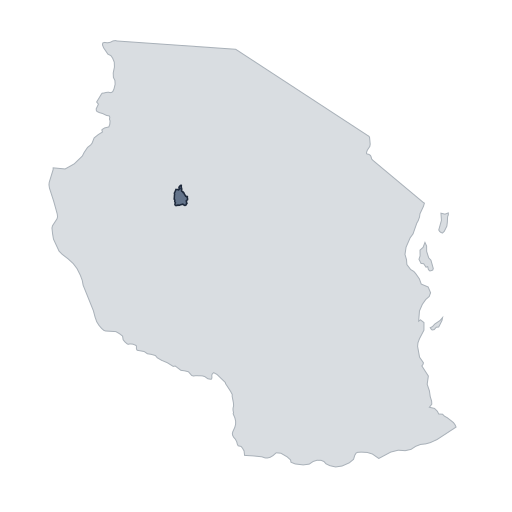 location of Tabora Urban, Tabora, United Republic of Tanzania, rotated 4°
{"feature_id": "72390352B61754038708822", "entity_name": "Tabora Urban", "entity_type": "district", "adm_level": 2, "iso_a3": "TZA", "parent_name": "United Republic of Tanzania", "parent_adm1": "Tabora", "projection": "mercator", "projection_center": [32.813, -4.941], "detail": "fine", "context": "in_parent", "style": "filled", "palette": "slate", "viewbox_px": 512, "rotation_deg": 4, "n_neighbors": 0, "source": "geoboundaries", "source_scale": "gbopen_adm2", "svg_char_len": 6644}
<svg xmlns="http://www.w3.org/2000/svg" viewBox="0 0 512 512"><g transform="rotate(4 256 256)"><path d="M181.1,371.9L174.9,368.6L169.2,366.7L164.6,364.4L162.6,362.3L158.3,361.4L154.5,361.1L151.1,359.1L144.0,358.3L143.2,357.0L143.0,354.0L141.8,353.3L139.2,352.5L136.4,352.5L134.7,353.0L133.7,352.7L131.4,351.0L129.3,348.8L128.5,345.2L125.2,343.0L121.5,341.2L111.1,341.3L109.4,340.8L107.0,339.0L104.1,336.0L101.7,332.7L99.7,328.1L97.6,321.9L85.6,297.2L84.4,292.5L82.1,287.4L78.3,281.0L74.2,276.3L68.8,272.0L62.5,267.8L59.2,264.9L52.8,253.3L51.5,247.9L50.5,242.3L50.9,240.0L54.9,232.8L55.3,230.8L54.8,228.0L52.8,222.3L50.3,215.3L45.2,202.6L44.5,199.3L44.6,196.9L47.6,184.0L47.5,182.2L59.5,182.5L68.2,176.8L75.8,168.4L77.3,164.8L80.4,159.4L83.4,156.7L84.6,154.9L86.3,149.5L90.3,145.8L94.2,143.0L93.4,141.0L94.0,140.3L96.1,138.8L100.2,137.5L101.0,134.7L101.0,131.5L100.3,129.7L100.5,127.7L99.8,126.5L97.1,126.2L93.1,124.6L89.8,123.9L87.5,123.0L86.7,122.3L86.3,120.4L88.2,115.5L86.3,113.5L90.5,105.3L91.2,104.3L92.7,104.1L95.1,103.3L97.3,102.9L99.2,103.2L100.5,102.9L101.7,101.9L102.7,99.2L103.5,94.5L103.0,90.7L101.3,87.8L100.8,83.4L101.6,77.4L101.1,72.5L99.1,68.5L97.2,66.2L94.2,65.0L89.5,59.0L88.1,56.1L88.3,54.2L89.9,53.5L92.9,53.7L95.7,53.0L98.4,51.4L100.9,50.9L102.3,51.2L221.3,51.2L360.4,128.8L361.0,129.7L362.1,136.4L361.9,138.7L359.7,142.6L359.1,144.6L359.1,146.0L359.6,146.5L361.4,146.7L363.0,147.6L363.6,148.4L364.7,151.3L366.3,152.7L419.1,190.9L420.3,191.5L419.6,194.7L416.6,202.5L416.4,205.7L415.3,209.5L414.1,212.0L411.1,223.0L408.5,227.1L405.1,236.7L404.5,244.0L406.4,249.2L407.1,254.0L411.2,258.7L414.5,260.4L416.7,262.6L420.6,267.5L422.8,272.5L429.9,274.9L432.7,280.5L431.6,284.3L428.4,287.5L425.3,292.6L422.9,299.4L422.8,309.7L424.5,308.2L428.2,310.7L428.7,318.3L424.8,327.2L423.6,331.3L423.5,334.9L426.2,345.5L430.5,350.9L430.1,352.6L429.1,354.1L436.3,363.7L435.7,372.0L438.4,378.5L439.6,384.1L441.3,388.5L441.7,391.5L439.5,394.8L444.7,395.6L447.8,398.3L449.3,400.9L453.1,400.8L455.1,402.6L458.1,404.0L464.6,408.4L466.4,410.6L467.5,412.7L449.5,426.4L442.9,430.0L438.3,431.6L433.3,432.5L428.6,434.7L424.1,438.1L418.4,439.8L411.4,439.8L404.1,442.2L392.6,449.4L385.9,445.4L380.7,444.2L374.6,444.3L370.9,444.8L369.6,445.6L368.4,448.0L367.5,452.0L363.5,455.8L356.5,459.5L350.1,460.9L344.3,460.0L340.3,458.4L338.2,456.3L335.2,455.3L331.1,455.5L327.3,457.0L323.6,459.9L317.7,461.1L309.6,460.7L305.3,459.3L304.7,457.0L301.1,454.2L294.6,451.0L289.9,450.9L286.8,454.0L284.0,455.9L281.5,456.7L279.2,456.8L275.9,455.9L267.0,455.6L258.5,455.7L257.7,451.3L255.9,448.6L254.4,447.0L251.5,446.6L250.6,445.3L249.7,442.6L248.2,440.2L246.3,438.3L245.2,436.5L244.8,434.8L245.1,433.0L246.8,428.4L247.4,425.3L247.2,422.2L246.2,418.9L244.2,415.0L244.5,413.9L243.8,411.2L243.7,409.4L244.1,407.1L243.7,404.0L242.0,397.6L242.0,395.9L240.1,392.8L234.5,385.4L234.3,384.4L225.4,376.9L221.9,375.3L220.6,376.7L220.2,378.0L220.5,380.4L220.3,381.6L219.9,382.1L217.9,382.0L216.5,381.8L213.2,379.8L210.6,379.3L204.1,379.6L201.9,380.1L200.1,379.6L196.7,376.2L192.7,375.5L189.1,375.3L183.1,371.4L181.1,371.9ZM430.8,248.0L433.7,256.1L433.3,257.7L431.3,258.6L430.2,258.7L428.9,257.4L428.0,254.6L426.4,255.3L423.8,252.0L421.2,251.9L418.8,247.9L419.7,244.5L419.2,238.7L422.1,235.7L423.6,230.7L425.5,234.2L425.9,239.5L428.4,245.8L430.8,248.0ZM444.8,199.6L445.0,201.5L444.4,203.4L444.5,209.1L444.3,212.9L442.1,218.2L440.4,220.1L438.8,219.6L437.5,218.7L436.5,217.3L438.5,207.5L437.5,200.4L441.6,201.1L444.8,199.6ZM438.9,317.0L436.9,317.5L436.1,317.0L434.8,315.4L437.0,314.1L439.1,311.4L444.1,307.5L446.4,304.4L446.0,307.4L443.2,314.1L440.8,314.5L438.9,317.0Z" fill="#d9dde1" stroke="#a8b0b8" stroke-width="1"/><path d="M171.5,195.2L171.5,195.3L171.4,195.6L171.3,195.9L171.2,196.2L171.1,196.5L171.0,196.8L170.9,197.1L170.8,197.3L170.7,197.6L170.7,197.8L170.6,198.1L170.5,198.3L170.3,198.6L170.3,198.8L170.2,198.9L170.2,199.1L170.2,199.4L170.3,199.7L170.4,200.0L170.5,200.2L170.5,200.8L170.4,201.2L170.4,201.6L170.4,202.0L170.4,202.3L170.5,202.8L170.4,203.1L170.4,203.5L170.5,203.7L170.5,204.2L170.4,204.5L170.5,204.5L170.6,204.8L170.6,205.0L170.8,205.4L170.9,205.6L171.1,205.8L171.1,206.0L171.2,206.4L171.2,206.5L171.1,206.9L171.1,207.2L171.1,207.4L171.2,207.6L171.4,207.8L171.5,208.0L171.7,208.3L171.9,208.5L171.7,209.0L171.6,209.4L171.6,209.6L171.5,209.9L171.5,210.2L171.5,210.4L171.6,210.5L171.8,210.8L172.0,210.9L172.0,211.0L172.3,211.2L172.4,211.3L172.5,211.3L172.8,211.2L172.8,211.3L173.0,211.3L173.2,211.2L173.4,211.1L173.6,211.1L173.8,210.8L174.0,210.8L174.5,210.9L174.7,210.6L174.8,210.7L175.1,210.7L175.5,210.8L175.6,210.7L175.8,210.7L176.2,210.7L176.4,210.5L176.6,210.5L176.8,210.4L177.0,210.1L177.5,210.0L177.6,209.9L177.9,209.9L178.1,209.9L178.4,209.9L178.5,209.8L178.8,209.7L178.9,209.4L179.2,209.4L179.3,209.5L179.7,209.5L179.8,209.7L180.1,209.8L180.2,210.0L180.4,210.1L180.6,210.1L180.8,210.2L181.0,210.4L181.1,210.5L181.3,210.5L181.3,210.4L181.6,210.4L181.9,210.4L182.0,210.3L182.3,210.2L182.6,210.0L182.6,209.9L182.8,209.7L182.8,209.4L182.9,209.1L182.9,208.9L183.0,208.9L183.1,208.7L183.4,208.6L183.5,208.5L183.4,208.3L183.2,208.0L183.2,207.7L182.9,207.3L183.0,207.0L182.9,206.8L182.8,206.7L182.8,206.4L182.7,206.3L182.6,206.2L182.5,205.9L182.8,205.6L183.0,205.4L183.3,205.1L183.5,204.8L183.5,204.6L183.7,204.4L183.8,204.4L183.8,204.2L183.8,203.9L183.8,203.7L183.6,203.3L183.6,203.1L183.4,202.8L183.4,202.6L183.4,202.2L183.5,201.8L183.4,201.5L183.2,201.5L182.8,201.6L182.8,201.4L182.7,201.4L182.3,201.4L182.1,201.4L181.8,201.3L181.7,201.3L181.7,201.1L181.6,200.9L181.4,200.7L181.2,200.5L181.0,200.3L180.9,200.2L180.7,200.0L180.7,199.8L180.6,199.6L180.4,199.4L180.2,199.3L180.2,199.2L180.1,198.9L179.9,198.7L179.8,198.3L179.8,198.2L179.7,198.1L179.5,197.9L179.4,197.8L179.2,197.8L178.9,197.8L178.9,197.6L178.8,197.4L178.7,197.4L178.7,197.2L178.6,196.9L178.4,196.9L178.2,196.8L177.8,196.7L177.7,196.7L177.4,196.6L177.3,196.4L177.2,196.3L177.2,196.2L177.1,195.8L177.1,195.7L177.2,195.4L177.2,195.2L177.3,194.8L177.3,194.5L177.3,194.3L177.2,194.3L176.9,194.3L176.8,194.2L176.7,194.2L176.4,194.1L176.5,193.8L176.5,193.7L176.6,193.4L176.7,193.1L176.7,192.9L176.8,192.7L176.7,192.6L176.6,191.7L176.6,191.0L176.6,190.7L176.3,190.6L176.2,190.7L175.9,190.8L175.7,191.0L175.1,191.5L174.8,192.3L174.7,192.3L174.5,192.5L174.3,192.7L174.3,192.8L174.4,193.1L174.6,193.7L174.6,193.8L174.8,194.0L174.9,194.4L174.9,194.5L174.7,194.9L174.5,195.0L174.4,195.2L174.2,195.5L173.9,195.5L173.8,195.4L173.7,195.2L173.5,195.3L173.4,195.3L173.2,195.2L172.9,195.1L172.7,195.1L172.2,195.2L171.9,195.2L171.7,195.2L171.5,195.2Z" fill="#64748b" stroke="#1e293b" stroke-width="1.5"/></g></svg>